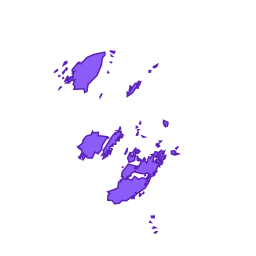 outline of Raja Ampat, Papua Barat, Indonesia, rotated 133°
{"feature_id": "22746128B90221566890304", "entity_name": "Raja Ampat", "entity_type": "district", "adm_level": 2, "iso_a3": "IDN", "parent_name": "Indonesia", "parent_adm1": "Papua Barat", "projection": "albers", "projection_center": [130.461, -0.827], "detail": "fine", "context": "isolated", "style": "filled", "palette": "violet", "viewbox_px": 256, "rotation_deg": 133, "n_neighbors": 0, "source": "geoboundaries", "source_scale": "gbopen_adm2", "svg_char_len": 5967}
<svg xmlns="http://www.w3.org/2000/svg" viewBox="0 0 256 256"><g transform="rotate(133 128 128)"><path d="M147.1,81.9L149.4,80.5L146.2,79.9L152.4,79.0L151.1,80.3L152.9,80.1L154.6,83.6L158.2,85.3L158.9,90.2L163.4,89.7L165.7,94.2L167.0,94.1L168.5,97.0L171.5,98.1L171.7,96.5L173.9,98.0L179.0,94.5L188.5,99.3L188.5,96.6L190.6,96.9L194.6,93.5L191.7,90.1L192.6,86.2L189.1,83.2L185.0,82.8L182.2,79.5L174.5,78.2L175.8,77.6L175.4,75.6L172.7,77.2L170.8,76.5L170.1,78.2L169.2,76.5L160.0,74.5L155.1,75.7L158.1,76.8L157.0,77.5L153.1,77.9L154.3,75.7L147.9,78.0L145.0,76.6L144.6,77.8L143.4,76.2L144.1,78.6L142.0,77.5L142.3,78.8L139.4,76.9L140.5,78.3L135.3,80.3L134.8,78.7L133.1,81.4L132.6,78.9L130.3,78.8L131.2,81.5L129.7,82.7L129.1,79.1L128.5,81.3L125.4,80.1L124.5,83.2L126.1,83.8L126.0,85.6L129.4,86.5L128.0,83.2L130.0,84.5L130.3,83.1L131.3,85.2L133.6,84.6L132.8,82.3L134.2,82.9L134.1,84.8L130.9,86.0L134.2,85.6L135.7,86.9L130.7,89.8L130.2,87.3L128.4,88.4L120.5,88.1L125.2,89.0L126.8,92.0L128.7,90.9L131.4,92.5L130.9,91.3L134.6,91.2L134.8,93.1L140.8,90.4L140.3,93.7L142.1,94.4L143.0,100.1L142.1,102.6L145.2,99.3L144.9,98.0L143.2,98.4L144.1,95.2L151.1,93.3L152.9,95.6L150.7,96.5L154.3,103.2L164.3,102.1L168.0,99.6L167.0,98.3L168.6,97.6L166.9,94.5L165.1,95.3L163.2,95.0L162.2,94.6L162.1,93.7L160.7,93.3L159.7,94.9L154.5,93.4L155.3,92.5L152.2,87.2L149.7,84.1L147.1,83.4L148.1,83.4L147.1,81.9ZM129.3,183.0L123.5,186.9L110.4,186.6L100.1,190.4L94.5,194.4L90.0,194.9L88.4,196.7L97.5,203.1L104.3,206.1L113.0,206.2L114.0,207.5L112.8,208.1L114.5,209.1L123.5,208.6L124.7,207.0L123.1,205.7L126.1,205.8L125.7,205.0L129.3,201.9L128.0,203.8L132.6,206.0L130.7,207.6L137.6,205.9L134.0,205.6L131.9,203.8L134.6,204.2L136.0,202.1L134.3,203.8L135.2,201.9L130.7,201.8L130.8,200.5L128.9,199.8L133.5,197.9L133.7,195.4L136.6,193.9L129.5,187.0L131.6,183.9L129.3,183.0ZM169.8,150.9L175.3,151.6L175.4,149.6L177.9,140.1L176.3,139.9L177.6,137.4L174.4,133.7L168.2,135.7L167.3,132.3L161.4,132.7L158.5,135.0L148.4,137.0L153.9,144.6L151.4,146.7L155.1,150.2L154.7,151.6L158.0,150.4L162.5,153.0L167.1,152.7L169.8,150.9ZM161.2,125.6L159.2,123.5L160.5,127.9L159.8,126.6L158.6,127.7L158.9,126.0L153.7,128.4L150.8,126.3L151.9,127.7L150.2,128.2L148.3,125.9L145.0,128.5L144.0,126.0L143.9,127.8L141.7,129.0L138.6,128.5L139.8,126.2L138.2,125.8L138.1,127.7L136.4,126.9L136.7,129.9L135.2,130.6L137.1,132.3L133.8,132.8L132.3,134.6L136.6,132.9L137.7,134.2L137.5,132.8L140.8,132.8L140.2,134.2L144.9,133.9L161.6,130.6L162.2,129.2L165.7,128.5L163.0,127.2L167.5,125.4L162.7,124.1L163.0,126.8L162.0,124.2L161.2,125.6ZM147.3,101.1L140.9,105.3L139.9,103.4L137.7,103.3L138.7,104.4L136.7,104.4L137.1,106.2L140.2,106.5L136.9,108.7L142.3,108.1L144.4,104.8L146.9,106.2L145.5,106.7L145.7,108.9L144.0,108.7L144.5,109.8L150.1,107.9L152.4,103.7L147.3,101.1ZM99.5,148.7L91.4,149.9L89.4,152.2L90.6,153.2L100.1,151.6L95.6,153.9L95.7,155.1L102.3,151.0L102.4,152.9L105.4,150.1L99.5,148.7ZM99.6,100.6L96.6,102.6L98.2,107.2L100.4,105.3L100.3,103.3L101.2,103.6L101.5,101.4L99.6,100.6ZM177.8,144.7L180.9,144.0L181.4,142.3L180.9,142.9L180.1,142.4L181.8,139.2L178.5,139.6L177.8,144.7ZM115.7,75.3L112.5,73.3L113.7,76.0L112.7,78.4L115.4,80.5L117.3,78.5L116.5,76.7L113.9,76.4L115.7,75.3ZM90.3,148.9L87.9,149.2L85.5,150.3L87.7,151.9L90.3,148.9ZM177.3,49.2L175.7,47.8L174.5,48.8L176.7,50.8L177.3,49.2ZM149.9,112.3L146.2,112.6L143.0,114.8L149.9,112.3ZM121.5,93.0L119.7,92.5L119.3,94.1L121.4,95.0L121.5,93.0ZM122.3,217.1L121.2,218.2L123.1,219.2L126.2,218.0L122.3,217.1ZM84.0,193.9L83.1,189.6L82.2,191.2L84.0,193.9ZM142.9,126.2L140.3,127.7L142.1,128.2L142.9,126.2ZM167.9,74.5L169.9,73.4L170.0,72.9L167.6,72.8L167.9,74.5ZM120.3,170.5L124.1,169.8L124.5,169.3L120.3,170.5ZM138.9,94.0L138.7,95.8L140.7,95.4L140.4,94.2L138.9,94.0ZM132.6,212.6L130.0,212.9L129.0,213.6L132.2,213.5L132.6,212.6ZM71.7,151.6L72.8,150.7L71.7,149.7L70.5,150.6L71.7,151.6ZM182.8,41.7L184.2,41.5L182.2,39.9L182.8,41.7ZM158.4,123.5L156.5,124.4L157.2,126.4L158.5,125.1L157.5,124.9L158.4,123.5ZM121.3,96.7L118.6,94.9L118.0,95.0L121.3,96.7ZM127.4,116.8L126.5,116.1L124.3,117.6L125.1,117.9L127.4,116.8ZM187.1,37.5L185.7,36.1L184.3,36.2L185.1,36.9L187.1,37.5ZM164.4,94.0L162.5,94.7L165.5,94.9L164.4,94.0ZM64.7,149.6L63.5,149.0L61.4,149.8L62.9,150.3L64.7,149.6ZM165.3,71.9L163.7,72.9L165.7,72.6L165.3,71.9ZM134.8,218.9L132.9,219.5L138.0,219.9L134.8,218.9ZM64.7,149.6L64.6,150.9L66.2,151.0L65.9,149.8L65.1,149.4L64.7,149.6ZM154.6,126.2L155.8,124.3L154.9,125.5L153.8,124.7L154.6,126.2ZM122.5,85.7L123.7,84.6L122.5,84.0L122.5,85.7ZM146.2,205.0L142.7,204.7L145.4,205.4L146.2,205.0ZM121.7,86.3L121.4,85.1L119.9,85.7L121.7,86.3ZM125.0,86.1L122.7,86.2L125.5,86.7L125.0,86.1ZM126.3,214.1L127.6,212.8L127.5,212.4L125.8,213.1L126.3,214.1ZM182.8,141.8L182.3,143.3L182.6,144.2L183.4,143.1L182.8,141.8ZM90.8,148.7L92.5,148.5L92.0,147.8L90.8,148.7ZM115.2,123.2L116.9,122.5L116.7,121.8L115.5,122.1L115.2,123.2ZM176.0,152.0L176.4,151.0L176.2,149.5L175.5,150.6L176.0,152.0ZM124.2,112.2L124.6,110.9L123.3,109.8L124.2,112.2ZM151.1,95.1L149.6,95.2L150.4,95.9L151.1,95.1ZM181.2,48.1L182.1,47.9L181.4,46.8L181.2,48.1ZM122.2,122.0L120.9,121.6L121.1,122.9L122.2,122.0ZM116.1,94.7L114.9,94.7L116.0,95.9L116.1,94.7ZM128.1,88.1L128.4,86.9L127.0,87.9L128.1,88.1ZM137.2,204.0L136.0,202.9L136.2,203.9L137.2,204.0ZM148.7,136.0L149.8,135.6L148.6,135.5L148.7,136.0ZM100.4,180.9L101.4,180.4L100.7,179.9L100.4,180.9ZM110.3,79.2L110.4,78.3L107.1,78.6L110.3,79.2ZM81.2,190.1L82.4,190.3L81.6,189.5L81.2,190.1ZM152.0,83.2L150.7,82.9L150.3,83.5L152.0,83.2ZM138.1,213.9L135.7,213.2L136.6,214.0L138.1,213.9ZM136.7,209.8L135.5,209.2L135.3,209.8L136.7,209.8ZM92.3,186.3L91.4,184.7L91.1,184.9L92.3,186.3ZM86.9,151.5L85.7,151.8L86.8,151.9L86.9,151.5ZM122.2,119.1L122.8,119.7L123.1,119.3L122.2,119.1ZM123.3,82.1L123.5,80.9L122.4,81.6L123.3,82.1ZM86.3,189.7L86.7,189.1L86.3,188.5L86.3,189.7ZM159.5,105.2L160.5,105.3L160.4,104.9L159.5,105.2ZM176.7,77.2L177.3,76.5L176.5,76.9L176.7,77.2Z" fill="#8b5cf6" stroke="#5b21b6" stroke-width="1.5"/></g></svg>